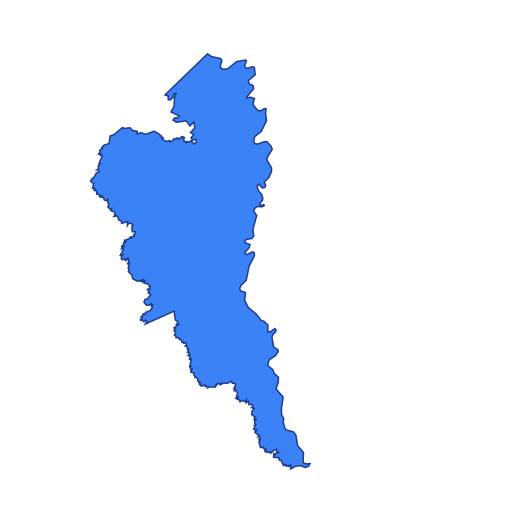 Putumayo, Sucumbios, Ecuador (Equal Earth projection), rotated 46°
{"feature_id": "8360857B86865530067586", "entity_name": "Putumayo", "entity_type": "district", "adm_level": 2, "iso_a3": "ECU", "parent_name": "Ecuador", "parent_adm1": "Sucumbios", "projection": "equal_earth", "projection_center": [-75.989, 0.133], "detail": "fine", "context": "isolated", "style": "filled", "palette": "blue", "viewbox_px": 512, "rotation_deg": 46, "n_neighbors": 0, "source": "geoboundaries", "source_scale": "gbopen_adm2", "svg_char_len": 6090}
<svg xmlns="http://www.w3.org/2000/svg" viewBox="0 0 512 512"><g transform="rotate(46 256 256)"><path d="M331.2,361.4L332.6,359.7L334.3,359.8L335.1,362.2L336.3,362.4L335.8,364.5L336.7,363.2L337.7,365.3L339.0,363.9L341.7,364.4L343.6,367.7L344.5,366.9L344.4,369.2L345.8,367.9L345.6,369.0L348.7,367.9L349.8,368.8L350.5,366.1L353.1,365.1L352.8,362.8L354.8,365.0L355.1,362.3L358.3,364.3L359.0,362.5L361.2,362.0L361.9,363.6L363.0,363.5L362.5,364.3L364.5,363.4L365.1,367.3L367.3,369.3L371.2,368.5L371.4,369.9L373.0,369.4L372.6,370.6L373.7,370.3L373.4,371.3L375.5,373.1L377.0,373.2L376.7,374.6L377.3,374.3L378.9,378.0L380.8,376.8L381.3,377.8L381.6,376.8L382.3,379.3L386.9,378.6L387.3,379.8L387.7,378.4L389.8,379.7L389.5,380.5L390.7,380.1L390.5,381.5L392.1,381.8L391.8,383.1L396.8,385.8L398.9,383.5L399.8,384.3L400.9,383.5L402.2,384.8L402.4,383.5L403.3,385.2L406.4,383.3L406.1,382.1L407.7,381.4L408.1,382.9L408.2,378.4L409.3,375.5L411.3,376.8L412.9,376.2L411.6,378.4L412.2,380.5L410.7,380.6L413.0,383.2L417.2,379.6L418.9,381.1L420.2,379.9L425.7,381.7L425.6,380.2L426.6,379.8L426.7,381.2L427.3,379.6L428.4,380.1L429.7,377.4L430.1,379.2L430.9,376.4L433.2,379.0L434.8,373.4L438.1,369.4L442.4,367.5L443.7,364.1L442.9,361.3L439.9,364.8L437.3,365.6L430.3,358.3L421.2,357.8L413.1,352.0L410.4,351.4L408.2,351.4L402.0,355.2L399.3,354.6L394.5,351.8L392.1,349.0L387.9,347.8L383.1,343.3L376.4,334.5L365.5,333.9L362.2,327.7L358.9,324.1L352.8,324.4L349.4,322.8L343.0,323.7L339.8,318.8L341.2,311.5L340.2,306.4L338.8,305.4L333.8,306.5L325.3,300.8L324.2,298.3L324.2,294.4L322.6,292.7L321.3,292.9L320.5,298.2L318.8,300.3L314.0,295.4L308.7,295.6L305.7,297.0L297.9,296.2L287.6,297.3L280.1,295.0L275.0,288.9L270.5,291.3L268.1,290.5L266.8,287.4L266.6,279.8L258.6,268.2L254.6,256.7L252.3,255.0L250.6,255.6L248.7,261.3L247.2,262.3L245.7,261.1L245.3,255.3L243.6,252.4L238.8,254.6L237.6,254.1L237.6,251.0L240.5,247.0L240.1,243.8L234.7,239.7L227.3,227.3L222.3,226.7L220.9,224.2L221.1,221.0L225.1,217.1L225.4,214.8L224.4,214.8L222.5,218.3L220.8,216.6L220.4,212.5L219.1,210.9L215.6,209.1L210.7,209.0L206.4,206.6L206.4,203.9L211.0,204.4L212.7,202.5L212.2,200.1L208.6,198.8L208.4,192.1L206.1,186.3L203.4,183.6L194.9,181.6L192.9,179.5L190.6,170.3L187.7,168.9L181.3,168.8L179.7,170.3L176.8,176.9L174.2,178.8L172.3,178.4L169.2,174.0L170.1,165.8L165.9,154.3L160.0,150.0L157.2,146.5L155.8,147.4L154.8,152.0L152.3,153.7L144.8,152.9L141.6,147.8L138.0,149.6L135.9,152.8L135.1,151.7L134.0,141.5L131.3,139.7L128.0,141.2L125.3,140.4L124.5,138.9L125.1,130.7L119.1,126.1L117.1,127.5L115.0,131.9L113.1,132.8L111.1,132.0L109.1,127.4L107.9,127.2L102.7,134.9L101.6,146.7L98.4,150.2L95.0,150.6L91.9,145.0L89.6,144.2L81.6,149.5L76.9,150.4L76.9,209.6L79.9,208.0L82.5,210.5L84.0,209.6L84.4,206.0L82.3,202.3L83.4,200.6L85.9,205.1L91.3,210.8L93.4,217.1L102.1,213.9L102.4,215.9L100.1,218.8L100.6,221.3L104.5,220.4L110.3,212.4L116.6,213.1L116.4,207.7L121.4,211.1L121.7,217.3L125.6,216.3L125.8,220.7L128.6,221.0L130.4,218.0L132.6,219.9L132.5,222.7L129.3,222.9L128.6,221.8L126.0,227.4L125.4,226.5L124.9,227.6L122.6,227.9L121.1,225.2L119.6,225.7L119.8,226.8L118.7,226.4L118.1,230.7L116.4,230.6L115.6,233.4L114.4,233.9L115.1,234.9L114.6,238.3L112.9,237.9L111.3,240.9L107.6,242.2L106.3,240.6L105.7,241.8L104.0,240.7L103.6,241.7L101.8,240.8L96.4,242.2L95.3,242.9L91.9,250.7L87.1,253.4L85.8,256.7L83.8,254.8L79.8,257.7L76.2,257.6L72.9,262.0L70.9,262.7L69.9,274.3L68.3,277.6L73.0,283.5L70.6,288.6L71.0,291.9L72.0,291.6L71.4,294.9L72.9,296.1L73.3,298.4L74.8,296.5L75.0,298.0L77.2,297.0L80.3,304.6L81.6,304.2L81.4,306.6L83.7,308.8L83.7,310.6L84.3,309.6L86.7,310.3L85.4,313.0L86.7,317.7L86.5,321.3L87.6,323.2L91.1,322.4L93.1,325.5L94.2,325.3L94.0,326.4L96.3,325.4L96.5,326.8L98.2,325.5L101.1,327.6L102.5,326.2L104.7,327.2L104.8,325.8L105.7,326.5L106.0,325.1L106.6,326.1L108.0,325.2L110.5,326.2L112.2,325.2L112.3,323.0L114.6,325.5L116.5,325.9L118.0,328.6L121.3,328.4L121.7,327.2L122.6,328.9L126.3,327.1L128.1,328.2L128.0,329.2L129.2,329.2L129.1,330.3L130.8,327.9L135.0,329.7L137.5,328.5L139.1,330.0L142.1,324.6L144.7,327.3L144.2,325.4L145.1,323.4L148.6,323.0L148.6,324.8L151.2,327.2L152.7,328.1L154.3,325.9L155.3,326.4L155.9,329.4L157.2,329.3L156.6,332.7L155.7,332.1L155.0,333.6L155.6,334.5L154.2,338.1L154.8,339.6L153.6,339.6L154.5,340.6L153.9,341.6L155.3,340.6L154.8,342.5L156.3,343.3L155.5,345.2L156.1,346.2L157.4,345.0L157.5,347.4L158.2,346.1L159.3,347.2L161.2,353.0L162.6,351.0L162.6,353.0L164.8,355.0L166.1,354.6L166.8,352.2L168.7,353.1L169.1,351.6L168.1,349.9L169.2,349.6L172.0,351.7L172.0,353.2L173.0,352.4L173.4,354.0L174.9,353.7L175.5,355.9L178.9,357.8L178.7,358.7L183.8,358.5L186.6,360.5L191.9,358.8L193.5,355.8L194.0,356.6L196.1,355.0L194.4,355.0L194.3,353.6L197.1,353.3L197.2,355.4L202.1,352.9L203.8,354.0L204.5,353.3L205.4,354.8L205.0,356.1L205.7,355.9L205.0,357.4L206.0,357.0L207.4,358.7L207.5,357.4L208.1,358.9L210.6,358.4L211.4,364.4L210.1,365.7L211.4,368.7L215.3,369.0L217.2,366.8L217.5,364.4L218.7,365.4L219.4,364.6L219.3,366.1L221.0,365.9L221.7,370.3L220.0,374.4L220.5,375.3L219.8,376.2L220.6,376.7L219.2,377.8L220.6,379.9L219.9,380.8L222.0,381.4L221.2,383.2L222.1,383.8L222.5,382.5L225.6,382.3L225.3,380.0L227.5,380.0L228.1,382.8L238.8,353.2L246.0,358.5L249.3,357.8L250.0,360.7L251.6,359.1L250.7,365.0L252.8,364.8L252.6,366.7L255.4,367.1L256.3,369.7L258.4,369.2L259.1,370.3L261.3,368.4L262.7,369.1L262.5,368.3L264.4,367.9L266.5,369.2L267.5,367.8L268.5,368.8L269.8,366.6L271.5,367.6L271.6,369.5L273.2,368.5L275.6,369.3L275.2,370.1L277.4,370.9L277.8,372.2L279.1,371.2L280.3,372.0L280.3,373.7L281.3,372.3L282.1,373.7L283.3,373.7L284.2,375.7L285.4,374.3L289.5,380.5L290.3,379.7L290.3,380.8L292.4,381.9L292.8,380.5L294.1,383.6L297.1,381.9L298.6,383.4L300.5,383.3L300.9,384.9L301.2,383.5L304.6,383.3L305.3,384.8L307.7,384.0L307.6,385.2L309.5,384.9L309.5,385.9L310.8,385.0L311.5,385.8L313.7,382.1L314.5,383.1L315.2,382.0L317.2,382.6L318.0,380.1L321.9,376.6L320.9,375.1L321.9,374.4L321.0,373.8L321.1,371.9L322.6,371.6L323.1,369.6L324.0,370.6L325.0,367.3L327.7,365.2L328.8,360.9L331.2,361.4Z" fill="#3b82f6" stroke="#1e3a8a" stroke-width="1.5"/></g></svg>